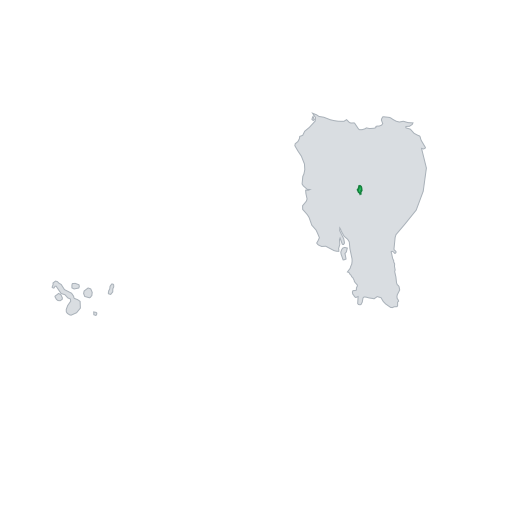 Patate, Tungurahua, Ecuador (highlighted), rotated 335°
{"feature_id": "8360857B3185299233317", "entity_name": "Patate", "entity_type": "district", "adm_level": 2, "iso_a3": "ECU", "parent_name": "Ecuador", "parent_adm1": "Tungurahua", "projection": "equal_earth", "projection_center": [-78.456, -1.283], "detail": "fine", "context": "in_parent", "style": "filled", "palette": "green", "viewbox_px": 512, "rotation_deg": 335, "n_neighbors": 0, "source": "geoboundaries", "source_scale": "gbopen_adm2", "svg_char_len": 5092}
<svg xmlns="http://www.w3.org/2000/svg" viewBox="0 0 512 512"><g transform="rotate(335 256 256)"><path d="M454.5,201.7L453.2,202.8L449.9,203.3L447.3,202.2L446.2,202.2L446.1,203.3L449.5,206.3L451.1,211.6L453.5,214.8L455.0,216.4L455.1,217.5L454.7,219.6L454.6,221.3L455.4,229.3L454.8,229.8L453.0,229.8L451.5,228.4L447.6,248.3L434.9,268.0L420.6,282.1L404.1,290.2L391.9,295.8L390.0,297.9L384.1,307.8L383.8,308.8L384.6,310.5L384.7,311.6L383.8,312.3L383.0,312.4L382.7,311.9L382.4,310.7L381.6,309.4L380.7,309.1L380.1,309.4L380.1,310.5L378.8,315.9L378.8,318.5L378.3,319.5L378.3,321.8L377.1,324.0L376.2,327.5L375.1,328.7L373.9,334.2L372.0,339.8L371.9,341.7L372.5,343.0L372.7,344.1L371.9,347.5L367.6,350.9L366.5,352.5L366.0,354.3L366.3,355.9L366.2,357.2L364.8,357.7L363.4,360.8L362.4,361.5L359.7,360.4L357.7,360.4L356.2,359.4L353.2,354.2L352.1,351.0L351.7,346.7L348.7,344.0L344.9,344.7L343.7,343.7L340.9,341.9L338.4,339.8L336.6,338.8L335.2,339.3L332.8,342.7L330.7,344.3L329.7,344.2L328.3,343.2L328.1,342.0L331.4,335.9L328.9,335.8L328.1,334.5L328.0,333.0L327.6,331.4L328.1,329.4L329.3,328.4L331.3,329.2L332.6,329.3L333.5,327.4L335.2,326.0L335.6,325.1L334.7,322.2L334.4,320.6L334.7,319.6L334.6,316.5L334.0,315.3L334.0,313.5L333.5,312.5L333.3,310.3L332.1,309.1L336.1,307.0L337.5,305.4L339.3,303.9L340.8,301.5L341.8,299.3L344.2,289.1L346.5,282.6L346.1,279.5L344.2,275.3L343.8,269.2L344.0,267.3L343.8,265.9L342.5,268.4L342.8,277.5L341.7,281.6L340.2,282.6L339.2,281.9L339.8,275.2L338.6,276.4L336.8,281.0L333.9,284.3L333.7,285.4L333.0,286.8L330.7,285.5L329.0,284.1L323.3,276.6L319.5,275.1L317.3,272.5L316.8,271.4L316.5,269.9L318.8,268.3L321.2,266.2L321.4,261.5L321.4,257.9L319.6,251.6L320.4,243.5L320.0,240.3L318.0,233.5L319.5,230.1L324.8,227.6L326.4,225.9L327.6,220.6L328.8,217.3L331.2,218.6L333.0,218.5L330.6,217.3L328.5,212.4L328.2,210.2L332.1,203.6L334.1,201.9L336.7,198.4L338.8,193.1L339.3,184.7L338.4,178.8L337.8,172.5L339.0,170.8L342.3,170.0L344.9,168.0L346.2,166.1L349.3,166.4L352.9,163.5L358.7,162.0L366.7,158.7L368.4,155.7L367.6,150.5L370.6,153.7L372.0,156.1L376.1,158.9L380.9,163.9L384.1,166.4L387.6,168.7L392.7,171.1L395.7,170.7L397.1,174.5L398.2,175.6L401.1,176.8L401.5,177.3L402.6,184.3L403.2,185.3L405.7,186.4L408.8,186.8L410.1,186.5L412.8,188.5L417.0,190.1L418.5,190.3L419.2,190.0L419.4,189.3L420.6,189.4L422.5,190.3L425.1,190.5L426.8,189.6L427.1,185.8L427.7,184.9L429.6,183.5L430.6,183.8L435.5,186.8L436.5,187.9L437.8,190.1L440.1,193.2L442.6,195.2L446.4,196.1L450.2,199.4L454.5,201.7ZM65.9,197.3L67.4,199.5L68.2,205.5L73.1,211.8L73.7,215.4L73.3,217.0L73.5,217.7L75.9,220.2L77.4,222.8L74.8,229.0L69.4,231.6L63.5,231.5L62.4,230.8L60.8,228.4L60.5,226.4L61.4,224.3L64.4,221.3L69.0,218.6L69.6,216.5L67.7,214.4L66.5,210.4L63.5,207.6L62.1,198.9L61.1,198.5L59.2,199.7L58.2,198.7L58.0,198.1L60.1,196.1L60.6,194.7L63.7,194.0L65.1,195.2L65.9,197.3ZM88.7,223.4L87.4,223.5L83.7,220.3L83.9,217.2L85.4,215.1L90.3,214.0L92.3,216.0L92.2,219.7L90.5,222.5L89.2,223.0L88.7,223.4ZM336.7,295.5L336.3,296.8L334.0,296.7L333.3,296.3L333.9,290.2L334.5,288.3L336.4,286.4L338.0,285.5L340.0,285.7L342.1,287.4L339.6,290.5L337.7,291.3L336.7,295.5ZM62.2,213.3L59.7,213.8L57.7,212.7L56.8,211.0L56.6,208.3L56.8,207.5L61.3,206.5L62.8,208.7L62.8,211.9L62.2,213.3ZM111.0,228.0L108.1,229.4L106.5,228.1L106.4,227.3L107.9,225.2L109.5,224.1L110.9,221.8L113.4,220.4L114.2,220.8L114.6,221.2L114.8,222.0L114.0,223.9L112.4,225.2L111.0,228.0ZM82.9,209.1L81.8,210.1L77.2,209.0L75.7,207.1L76.9,204.5L77.9,203.4L80.6,204.4L83.4,207.3L82.9,209.1ZM86.6,242.0L85.6,242.1L84.2,240.7L85.3,238.1L87.2,239.5L87.6,240.5L86.6,242.0ZM366.4,157.1L365.1,157.4L364.4,155.8L366.1,154.0L366.7,153.6L366.4,157.1Z" fill="#d9dde1" stroke="#a8b0b8" stroke-width="1"/><path d="M380.2,236.6L380.0,236.4L379.9,236.3L379.9,236.2L379.7,236.1L379.4,236.2L379.4,236.3L379.2,236.2L379.2,236.3L379.1,236.5L379.0,236.8L378.9,236.9L378.7,237.0L378.6,236.9L378.4,236.9L378.3,237.1L378.2,237.0L378.0,237.3L377.9,237.4L377.9,237.6L377.8,237.8L377.8,238.0L377.7,238.2L377.6,238.3L377.5,238.5L377.4,238.5L377.2,238.6L376.9,238.4L376.7,238.4L376.6,238.5L376.4,238.5L376.2,238.7L376.2,238.8L375.9,238.9L375.9,239.0L375.9,239.3L376.0,239.4L376.0,239.5L376.1,239.8L376.2,240.0L376.1,240.3L376.1,240.5L376.0,240.8L375.9,240.8L375.9,241.0L375.9,241.3L376.0,241.3L376.1,241.5L376.1,241.8L376.2,242.0L376.3,242.2L376.3,242.3L376.5,242.5L376.6,242.8L376.6,243.0L376.5,243.3L376.5,243.5L376.6,243.4L376.6,243.5L376.6,243.4L376.7,243.5L376.8,243.5L376.9,243.8L377.0,243.9L377.0,244.0L377.3,244.1L377.4,243.9L377.3,243.7L377.3,243.4L377.3,243.1L377.4,242.9L377.4,243.0L377.4,242.9L377.5,242.8L377.5,242.7L377.8,242.6L378.0,242.5L378.1,242.4L378.4,242.3L378.5,242.2L378.7,241.9L378.7,241.7L378.8,241.4L378.9,241.5L379.0,241.5L379.3,241.5L379.5,241.5L379.6,241.4L379.6,241.1L379.7,240.9L379.7,240.7L379.8,240.6L380.0,240.3L380.1,240.1L380.2,239.9L380.2,239.7L380.2,239.3L380.3,239.1L380.5,238.8L380.5,238.4L380.4,238.3L380.5,238.1L380.6,237.9L380.5,237.7L380.6,237.4L380.4,237.2L380.3,236.9L380.2,236.8L380.2,236.7L380.2,236.6Z" fill="#22c55e" stroke="#15803d" stroke-width="1.5"/></g></svg>